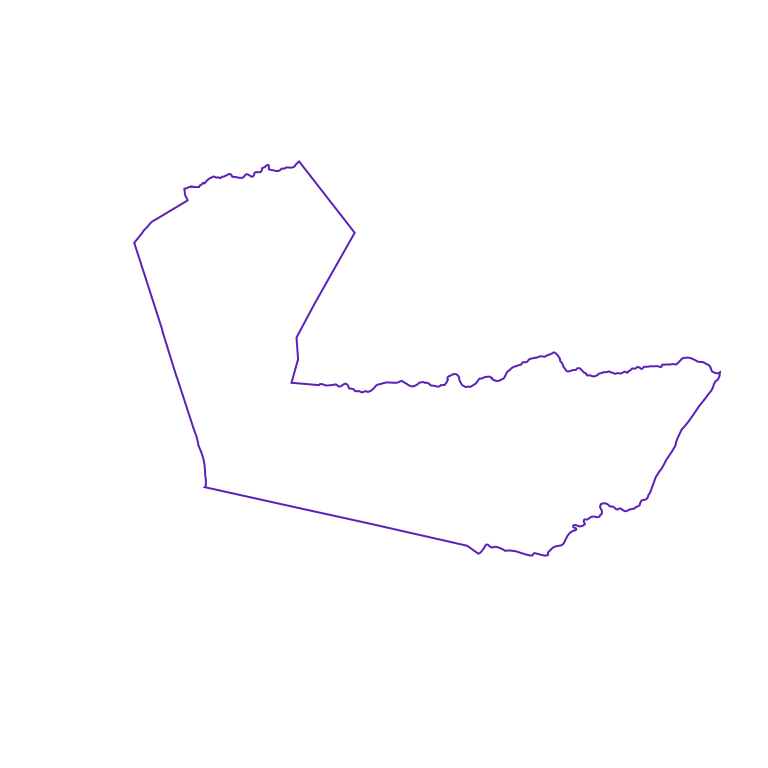 Chicualacuala, Gaza, Mozambique, rotated 300°
{"feature_id": "85939544B15867606683535", "entity_name": "Chicualacuala", "entity_type": "district", "adm_level": 2, "iso_a3": "MOZ", "parent_name": "Mozambique", "parent_adm1": "Gaza", "projection": "orthographic", "projection_center": [32.034, -22.729], "detail": "fine", "context": "isolated", "style": "outline", "palette": "violet", "viewbox_px": 768, "rotation_deg": 300, "n_neighbors": 0, "source": "geoboundaries", "source_scale": "gbopen_adm2", "svg_char_len": 6139}
<svg xmlns="http://www.w3.org/2000/svg" viewBox="0 0 768 768"><g transform="rotate(300 384 384)"><path d="M534.3,199.2L532.5,198.5L528.9,197.7L527.6,197.8L526.5,197.0L525.7,196.4L524.7,195.1L523.1,191.7L522.2,190.8L520.8,190.1L519.6,188.0L519.2,187.6L517.2,187.1L515.5,185.9L514.4,183.6L512.4,177.4L512.6,176.8L514.7,175.6L515.8,174.7L515.8,174.0L515.4,173.5L513.9,172.8L512.6,172.5L510.0,170.6L507.5,171.4L506.3,171.3L505.8,171.1L505.4,170.5L504.6,169.3L503.5,167.2L502.9,166.7L502.0,166.3L500.0,166.9L498.8,166.9L497.9,166.4L497.3,165.8L497.4,161.7L497.1,160.4L496.8,159.9L496.1,159.4L493.6,159.1L491.9,158.4L490.4,156.1L488.9,151.7L487.7,149.2L487.7,148.6L488.4,147.9L489.0,146.7L488.7,145.4L487.8,144.4L485.9,143.3L483.1,141.1L482.5,140.1L480.9,139.6L480.5,139.3L480.2,138.5L480.1,136.9L479.3,136.2L478.9,135.6L478.8,135.2L478.7,133.3L478.2,132.4L477.3,131.7L476.3,131.3L475.1,130.3L474.4,129.9L471.3,128.9L468.0,128.3L468.0,127.2L467.6,126.7L465.5,126.3L464.5,125.5L463.9,125.3L462.1,125.3L459.9,121.6L459.7,120.8L459.1,120.3L459.1,118.9L458.9,118.4L458.5,118.0L457.8,118.1L457.4,117.2L456.6,116.2L454.9,115.4L454.4,114.6L453.2,113.5L448.2,117.3L447.7,117.9L445.2,121.9L445.0,122.0L444.2,121.9L442.8,121.0L412.0,103.9L410.5,102.9L407.8,101.6L406.0,101.2L401.8,100.5L396.4,99.1L394.1,99.1L381.4,97.1L320.6,164.3L317.9,166.8L286.5,200.8L285.9,201.7L249.5,242.2L244.4,248.3L240.0,252.5L238.1,253.9L233.5,259.9L229.3,264.6L224.8,268.6L217.6,273.6L216.2,274.3L212.2,277.5L206.8,280.6L205.0,280.3L234.0,372.3L255.0,438.4L285.5,536.9L284.2,550.5L285.3,551.4L286.9,552.0L290.9,552.6L295.3,552.6L296.3,553.1L296.8,554.6L296.2,556.6L296.2,559.0L296.9,560.0L298.4,561.3L299.3,563.3L300.0,567.2L300.2,570.2L300.0,572.0L302.4,575.6L304.7,580.8L305.4,583.1L306.2,587.5L308.0,594.6L308.7,596.7L309.8,598.2L312.1,598.4L312.5,598.6L312.9,599.1L315.4,608.1L315.8,609.1L317.3,611.2L318.2,611.6L319.4,610.5L320.2,610.3L322.9,610.9L326.7,612.1L328.9,613.5L333.1,618.4L333.6,618.7L335.8,619.3L344.1,618.8L347.1,619.2L348.6,619.6L352.1,621.6L352.5,622.4L354.0,623.3L354.5,623.1L354.9,622.4L354.9,621.3L354.7,619.9L354.8,619.3L355.3,618.9L356.2,618.7L357.0,619.4L357.7,620.4L358.4,624.3L358.8,625.2L360.2,626.6L360.9,627.2L363.0,628.0L363.8,627.4L364.5,626.0L365.0,625.6L365.7,625.3L366.5,625.2L367.4,625.9L367.8,627.2L368.2,627.6L369.8,628.6L372.3,629.7L373.1,630.5L374.0,631.8L374.5,633.0L374.7,634.2L375.4,635.4L376.3,636.5L377.1,637.0L378.5,636.7L379.8,637.3L381.0,637.4L383.4,635.8L384.8,633.4L385.8,632.4L386.9,632.1L388.8,632.1L390.7,634.1L391.6,636.3L391.6,638.3L391.0,640.5L391.5,642.3L392.2,643.3L392.3,644.4L391.6,647.9L392.1,649.0L393.5,649.6L394.3,650.7L394.5,651.6L394.2,655.1L394.4,656.2L394.7,657.0L395.9,658.1L398.3,659.5L399.1,660.6L401.4,663.1L403.4,663.8L406.0,665.7L407.1,666.0L408.6,665.4L412.0,665.3L414.1,667.7L415.4,668.6L416.7,669.1L419.0,668.9L419.9,668.5L420.8,668.7L423.3,668.7L439.4,665.9L445.9,666.2L449.3,666.7L453.7,666.7L459.6,666.4L468.7,667.1L475.7,667.2L476.9,667.0L479.3,666.1L483.1,665.4L492.8,664.6L494.6,664.8L499.4,665.8L504.8,666.6L511.7,667.2L522.0,667.9L532.5,669.5L537.4,670.0L542.1,670.8L545.8,670.5L548.9,669.8L551.6,669.7L552.4,669.8L554.6,670.9L556.9,670.8L558.8,670.5L562.1,669.1L560.6,668.3L559.4,666.3L559.0,664.1L558.8,662.1L559.5,660.9L561.7,658.4L562.4,657.0L562.7,655.4L562.5,651.1L563.0,651.4L562.5,650.6L562.3,649.0L561.9,648.0L560.7,645.8L560.3,644.8L560.2,640.0L559.7,636.5L559.0,634.3L556.3,630.3L555.1,629.5L549.8,628.2L546.9,627.2L545.7,624.2L543.6,621.5L542.3,619.1L541.3,617.8L540.0,615.5L539.6,615.3L538.6,615.4L537.9,615.7L537.2,615.5L535.7,610.8L534.1,608.8L533.0,606.5L530.6,603.4L529.8,602.2L529.3,600.9L528.7,600.4L527.5,600.3L526.0,599.8L525.7,598.8L526.0,597.1L525.8,595.6L525.3,594.9L523.1,594.0L522.4,593.1L521.6,591.2L518.2,590.1L516.9,589.2L516.4,589.4L515.3,588.9L515.2,586.9L515.0,586.2L511.8,584.1L511.4,583.6L510.1,580.6L508.8,579.6L508.5,579.1L508.2,578.2L508.2,576.5L507.5,575.0L507.5,572.9L507.3,572.4L505.6,571.0L504.1,568.4L501.9,566.6L500.8,565.2L500.0,564.8L498.4,564.5L496.6,563.1L495.4,561.8L494.8,560.1L494.4,557.7L493.5,556.6L493.0,555.5L493.3,554.6L493.8,554.4L494.1,553.8L493.9,551.4L495.3,546.6L495.5,545.7L494.9,544.5L494.2,543.5L492.1,543.1L490.3,540.3L487.9,538.5L486.8,536.8L486.6,536.1L486.7,535.1L487.9,532.8L488.5,531.0L489.6,529.6L491.1,527.9L492.0,525.1L493.1,524.1L493.8,523.9L495.0,521.4L495.6,520.5L496.5,517.1L496.4,515.9L496.0,514.9L494.1,514.1L490.0,510.7L487.9,509.5L487.0,507.0L486.0,505.4L485.2,504.5L483.2,503.2L482.2,501.6L478.5,497.7L477.3,497.2L475.9,497.1L474.5,496.6L473.7,495.9L472.8,494.1L472.0,493.3L471.5,493.1L469.8,493.1L469.1,492.8L467.3,490.9L465.7,489.7L464.1,488.1L462.6,487.1L461.7,486.6L459.3,485.9L455.9,484.6L449.0,485.0L448.2,484.6L446.9,483.6L445.3,482.8L443.4,480.9L442.7,479.3L442.3,476.5L442.4,474.9L443.2,474.5L443.1,471.5L440.7,468.2L439.4,467.1L437.5,465.8L436.7,464.4L436.3,464.0L435.6,463.8L431.2,463.4L429.5,462.9L424.8,460.3L423.4,457.6L422.7,457.0L422.2,456.2L422.2,454.2L422.0,452.7L423.0,450.6L424.8,447.8L425.8,446.7L427.2,445.8L427.9,444.7L428.5,442.8L428.5,441.5L428.1,440.4L426.8,438.8L424.7,437.6L423.5,436.5L421.9,435.8L420.5,436.0L419.9,436.6L419.8,437.1L419.5,437.2L415.7,437.4L413.5,436.9L412.4,435.5L411.5,433.8L409.9,433.3L408.9,432.5L408.5,431.6L407.3,427.8L406.3,425.7L406.3,424.3L406.8,422.7L406.7,421.4L406.5,420.3L405.7,419.3L405.5,418.9L405.3,417.1L405.1,416.7L403.2,414.3L402.3,413.7L400.3,413.1L397.9,411.7L396.6,410.5L395.9,409.4L395.5,408.1L395.3,405.8L395.5,403.0L395.4,400.7L395.6,398.5L395.2,397.3L392.6,395.5L391.6,394.5L390.8,393.4L386.8,385.6L384.3,382.9L382.3,381.1L380.5,379.0L378.6,377.9L374.9,377.3L372.1,376.3L369.0,374.1L368.8,372.1L368.1,371.0L366.8,370.2L366.0,369.3L365.5,368.3L365.5,366.3L363.4,362.7L364.2,360.5L363.6,358.0L362.7,356.0L364.5,353.7L365.1,352.5L365.2,351.4L364.9,350.2L364.2,349.6L360.8,347.9L360.1,347.4L359.2,346.2L359.1,345.2L359.7,343.6L359.4,342.2L357.4,339.9L354.2,335.4L353.8,334.7L352.9,330.3L352.0,328.7L350.5,328.2L338.8,303.3L362.5,297.2L380.5,285.0L419.7,283.7L500.3,283.0L534.3,199.2Z" fill="none" stroke="#5b21b6" stroke-width="2"/></g></svg>